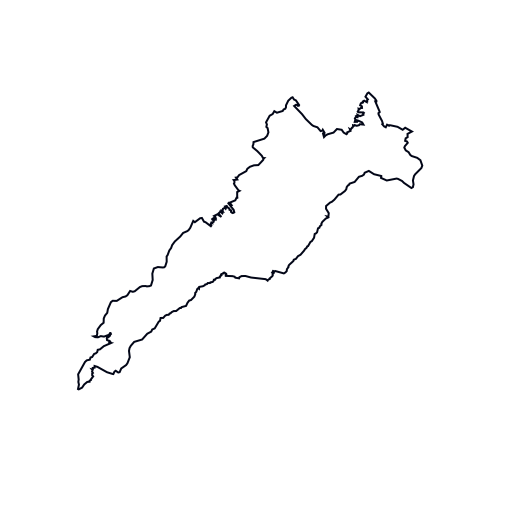 Stejari, Gorj, Romania (Robinson projection), rotated 205°
{"feature_id": "2599482B41789780482797", "entity_name": "Stejari", "entity_type": "district", "adm_level": 2, "iso_a3": "ROU", "parent_name": "Romania", "parent_adm1": "Gorj", "projection": "robinson", "projection_center": [23.706, 44.799], "detail": "fine", "context": "isolated", "style": "outline", "palette": "ink", "viewbox_px": 512, "rotation_deg": 205, "n_neighbors": 0, "source": "geoboundaries", "source_scale": "gbopen_adm2", "svg_char_len": 6126}
<svg xmlns="http://www.w3.org/2000/svg" viewBox="0 0 512 512"><g transform="rotate(205 256 256)"><path d="M222.9,451.8L223.8,450.5L224.1,446.6L220.8,445.2L221.2,444.3L220.5,443.0L221.1,442.6L220.9,442.3L223.6,442.5L224.4,441.3L223.9,440.5L224.1,439.9L225.1,439.5L225.5,438.5L225.3,436.6L223.3,436.4L222.5,435.0L223.7,434.3L224.3,432.8L225.3,432.8L224.7,431.7L224.8,429.8L224.0,429.5L219.3,431.5L218.7,431.3L219.0,430.2L218.3,429.4L220.8,426.7L223.7,426.8L223.2,426.1L223.8,425.6L222.7,425.4L222.6,424.7L224.3,424.2L224.5,422.4L223.6,421.7L223.2,419.3L221.0,420.4L221.0,421.2L221.6,421.7L220.4,421.9L216.2,421.9L214.2,420.5L217.6,419.3L217.9,418.1L219.7,416.6L221.8,416.4L221.8,415.8L223.3,415.5L222.7,414.4L222.9,413.0L223.3,412.8L223.6,410.5L224.5,410.6L223.2,409.4L225.6,406.6L225.1,405.5L225.5,404.6L228.7,404.9L231.7,406.6L236.3,405.3L237.9,400.6L242.4,396.7L243.8,394.8L244.6,392.5L247.1,395.4L246.9,396.1L245.8,395.2L245.9,396.6L248.8,398.6L248.8,397.7L250.2,396.5L254.7,398.6L258.9,398.1L260.8,398.4L268.8,401.2L274.2,404.0L284.8,408.1L283.7,409.9L282.6,410.3L281.5,409.8L280.7,410.3L280.7,411.0L285.6,413.9L287.7,413.9L289.9,415.3L290.8,414.4L292.4,410.4L292.5,405.2L291.7,403.5L291.7,401.8L292.9,400.5L293.1,398.7L297.6,394.7L300.6,395.0L300.9,391.7L302.9,388.9L303.4,381.4L301.7,379.8L301.2,377.4L299.5,376.8L297.0,373.3L296.7,369.6L298.0,365.9L306.4,358.2L305.6,356.2L305.5,354.2L304.8,353.1L299.1,351.6L293.1,349.3L291.1,347.8L290.0,348.2L290.3,347.5L290.1,346.2L292.3,339.4L296.2,337.3L299.2,334.3L300.7,331.4L300.7,328.8L305.5,322.2L306.1,319.4L307.3,318.6L305.3,317.4L308.3,315.4L307.3,314.9L306.5,313.2L306.6,312.3L305.1,311.1L299.6,308.1L298.5,308.1L300.1,306.0L298.0,301.6L298.2,301.1L297.6,300.8L298.3,299.7L298.3,297.7L302.3,293.3L299.7,291.8L300.4,291.3L303.1,292.6L303.3,292.1L295.8,288.4L294.1,286.4L294.4,285.8L294.0,285.6L295.2,285.6L295.6,285.0L297.3,285.4L297.8,286.8L299.6,286.7L300.2,287.8L302.2,288.0L303.7,289.0L304.9,287.9L304.0,287.5L304.2,287.1L303.5,286.7L303.5,286.0L304.7,286.5L305.9,284.8L305.5,283.4L306.3,282.9L304.9,282.2L306.3,281.7L304.5,280.7L304.5,280.4L307.1,281.1L308.0,278.6L303.9,276.8L308.7,277.4L310.9,274.6L309.3,274.2L308.1,272.8L308.5,272.5L308.3,272.2L310.5,272.4L311.1,271.3L309.9,271.1L309.5,270.8L310.0,270.4L309.0,270.2L309.3,269.6L308.9,269.0L309.7,267.8L309.5,267.4L310.6,267.5L310.6,265.9L309.3,264.7L309.5,263.9L316.0,265.3L317.6,265.1L321.1,267.6L322.6,266.6L325.7,260.8L327.7,261.3L327.5,253.7L328.0,251.1L328.7,249.6L331.8,246.1L332.9,241.6L335.7,234.9L336.6,230.5L336.3,227.3L336.9,224.4L336.5,219.4L336.8,217.8L334.5,213.0L333.9,208.3L334.4,207.0L335.6,206.2L340.3,204.5L343.3,201.5L342.5,196.2L339.5,190.6L338.7,184.9L339.9,183.6L342.1,182.3L343.2,182.2L346.4,180.6L348.1,178.8L351.0,172.8L352.5,171.5L355.3,171.1L356.0,166.1L357.1,164.2L359.6,162.2L363.2,156.5L367.0,154.8L368.0,152.8L367.8,145.3L366.8,141.6L367.7,138.2L367.6,135.1L365.9,131.1L367.5,127.8L368.5,122.8L368.1,120.3L367.2,119.0L366.5,116.3L369.1,114.6L367.5,114.5L364.9,115.5L362.8,117.8L359.7,118.7L355.9,122.5L355.7,124.5L355.3,124.7L354.5,124.0L355.1,122.4L354.7,122.0L355.5,119.9L356.7,119.7L356.5,118.4L355.4,116.8L352.8,117.2L351.7,116.6L353.3,115.5L350.5,116.0L355.8,110.0L358.0,105.4L359.8,104.1L359.3,101.8L360.1,100.0L361.3,98.9L361.8,95.2L363.1,94.1L362.8,91.8L365.3,89.9L366.2,87.7L367.2,73.6L364.5,69.1L363.8,66.8L362.1,64.6L361.1,60.2L360.3,60.2L358.0,63.2L357.4,67.0L355.7,70.6L353.7,71.7L354.1,72.6L353.2,73.9L353.5,74.3L352.7,78.1L354.1,78.7L354.8,80.3L354.4,81.1L355.7,81.9L355.9,83.5L356.7,83.9L356.2,84.0L356.0,84.7L356.6,85.6L355.1,86.6L355.8,88.1L352.8,88.5L341.9,87.7L336.0,88.5L335.4,88.7L335.4,91.4L334.7,92.7L331.6,92.2L330.5,93.1L330.6,97.1L327.6,102.3L327.2,104.5L327.6,110.9L331.0,116.3L331.7,119.1L331.5,121.8L330.1,126.7L323.9,132.2L321.7,139.6L319.0,143.2L319.0,145.5L317.2,147.6L316.4,155.4L315.6,156.7L316.3,159.5L313.9,160.7L313.1,163.5L312.0,164.9L310.3,165.8L310.0,167.4L309.3,167.8L308.7,169.5L307.3,171.3L305.1,172.4L303.1,176.6L302.0,177.2L301.9,178.2L298.3,181.2L298.3,184.7L297.7,187.4L296.3,188.6L294.7,193.1L294.9,195.7L295.5,196.8L295.0,198.3L295.3,201.2L294.8,202.4L293.8,202.2L294.4,204.0L291.4,206.1L290.1,207.8L290.0,208.7L288.6,209.8L288.3,211.1L286.6,211.9L286.0,212.4L286.1,212.9L284.3,214.2L283.8,216.2L284.1,216.7L283.0,217.3L283.1,218.1L282.4,219.3L279.7,221.3L280.1,222.2L279.2,223.8L279.8,224.2L279.8,224.9L278.3,226.3L278.4,227.0L277.7,227.6L275.5,227.3L275.1,226.7L275.7,226.4L275.0,225.2L268.8,227.8L266.6,228.2L265.6,227.6L261.9,228.6L262.1,229.7L260.6,231.7L257.2,233.4L251.4,234.4L237.4,239.1L235.1,238.6L235.1,239.4L233.8,241.1L234.1,241.5L232.7,244.6L232.6,245.4L233.4,246.7L232.8,247.7L233.3,248.3L234.3,248.1L234.2,248.7L233.7,248.8L233.9,249.2L233.2,249.1L233.4,249.7L232.6,249.7L232.3,250.5L223.4,252.0L222.4,253.5L221.8,255.3L222.4,257.1L221.9,259.8L222.3,260.3L222.2,262.0L220.0,267.3L220.2,268.6L218.6,270.3L217.9,273.6L216.2,275.9L214.6,281.5L214.6,282.7L213.7,284.6L213.6,286.4L213.0,287.0L212.6,291.8L211.7,293.0L211.1,297.1L212.1,300.8L211.1,302.0L210.7,303.4L211.5,307.3L210.5,308.4L210.7,309.8L209.8,311.9L210.4,312.8L210.3,315.0L208.6,319.4L206.9,321.4L208.2,321.9L207.0,322.2L208.2,325.6L212.5,328.4L213.6,330.9L211.4,335.8L210.2,337.1L208.8,340.1L207.1,346.5L205.5,347.4L202.9,352.4L202.4,354.6L202.9,356.8L202.5,358.8L201.7,360.0L201.8,361.1L197.9,364.8L196.2,371.3L193.7,373.5L192.6,375.4L192.7,377.4L189.7,380.8L183.6,380.0L175.5,381.6L176.1,381.1L175.7,379.6L169.4,379.7L161.3,385.6L159.9,385.9L155.3,385.7L152.8,384.8L143.9,383.3L142.9,384.7L143.5,387.5L145.7,390.8L146.6,395.3L146.3,397.3L143.3,405.6L143.5,408.2L147.5,412.3L151.4,413.1L157.2,412.4L158.9,412.8L161.6,414.6L164.9,415.0L167.4,416.9L167.5,418.5L166.3,422.7L167.5,423.6L169.5,423.4L170.1,425.9L168.8,427.8L170.3,430.7L167.3,434.7L175.0,435.3L176.4,432.4L182.3,432.9L189.3,431.3L190.6,430.8L190.6,430.3L192.7,430.4L192.8,427.5L194.7,427.6L197.3,428.8L197.0,429.6L198.8,431.6L204.7,436.1L205.4,437.2L204.7,438.6L205.0,439.1L213.2,446.5L212.2,447.0L212.4,447.5L214.8,449.0L222.9,451.8Z" fill="none" stroke="#020617" stroke-width="2"/></g></svg>